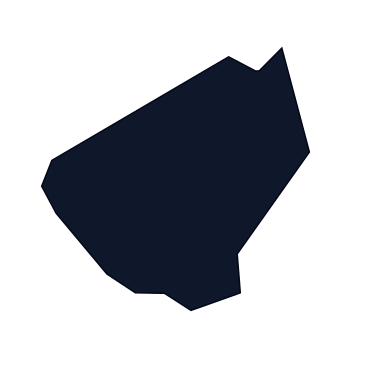 outline of Vodice, rotated 68°
{"feature_id": "SVN-1003", "entity_name": "Vodice", "entity_type": "Municipality", "adm_level": 1, "iso_a3": "SVN", "parent_name": "Slovenia", "parent_adm1": "", "projection": "mercator", "projection_center": [14.495, 46.172], "detail": "fine", "context": "isolated", "style": "filled", "palette": "ink", "viewbox_px": 384, "rotation_deg": 68, "n_neighbors": 0, "source": "natural_earth", "source_scale": "10m", "svg_char_len": 344}
<svg xmlns="http://www.w3.org/2000/svg" viewBox="0 0 384 384"><g transform="rotate(68 192 192)"><path d="M110.2,310.1L80.4,107.4L103.6,87.8L104.9,84.4L92.2,54.8L198.9,68.2L266.4,173.3L303.6,185.0L301.4,237.3L275.6,255.5L264.2,282.3L236.2,301.6L160.9,325.9L130.3,329.2L110.2,310.1Z" fill="#0f172a" stroke="#020617" stroke-width="1.5"/></g></svg>